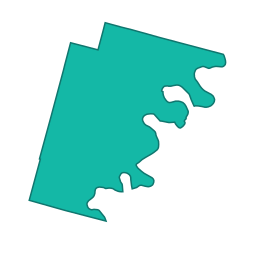 the district of Bolivar, Mississippi, United States of America, rotated 195°
{"feature_id": "52423323B48999249202093", "entity_name": "Bolivar", "entity_type": "district", "adm_level": 2, "iso_a3": "USA", "parent_name": "United States of America", "parent_adm1": "Mississippi", "projection": "albers", "projection_center": [-91.039, 33.825], "detail": "fine", "context": "isolated", "style": "filled", "palette": "teal", "viewbox_px": 256, "rotation_deg": 195, "n_neighbors": 0, "source": "geoboundaries", "source_scale": "gbopen_adm2", "svg_char_len": 2851}
<svg xmlns="http://www.w3.org/2000/svg" viewBox="0 0 256 256"><g transform="rotate(195 128 128)"><path d="M205.5,75.2L204.6,75.2L204.7,32.6L167.1,32.1L125.1,32.4L125.3,32.7L127.1,35.2L127.7,35.9L134.4,40.8L135.2,41.1L136.3,41.2L139.8,40.6L141.9,39.6L143.3,39.6L144.8,40.0L145.8,40.6L146.4,41.2L147.7,43.2L148.1,44.5L148.0,45.2L147.7,46.5L147.0,47.9L144.9,50.6L143.8,52.3L143.4,53.3L143.2,54.3L143.1,56.3L143.5,58.4L143.6,59.9L143.5,60.8L143.1,61.6L142.2,62.6L140.3,63.6L136.2,64.2L134.2,63.8L133.8,63.8L130.8,65.1L128.7,65.5L126.6,65.5L124.4,64.7L121.1,64.3L119.5,64.4L117.9,64.7L116.5,65.1L118.7,71.3L119.3,72.4L121.1,73.9L123.6,77.8L123.7,79.0L123.0,81.8L122.6,82.5L122.0,83.2L121.1,83.7L119.5,84.1L117.8,84.2L116.6,84.0L114.7,83.3L113.3,82.2L112.5,80.8L111.9,78.8L109.6,73.1L108.2,70.3L104.2,72.8L102.6,74.8L101.8,75.6L100.3,76.2L96.5,76.2L94.1,76.4L93.0,76.6L92.0,77.1L90.9,77.8L89.6,79.3L89.3,80.2L89.2,81.1L89.1,82.3L89.4,83.9L90.0,84.8L90.7,85.5L92.0,86.2L100.7,88.4L103.6,89.6L107.9,91.7L109.8,93.3L110.5,94.2L110.6,95.0L110.4,95.5L108.6,97.6L106.2,101.2L103.4,104.2L98.4,109.2L96.8,111.0L94.2,114.5L93.7,115.9L93.6,117.5L94.1,120.1L95.1,123.1L95.8,124.1L98.0,126.8L99.1,128.3L99.9,130.1L100.7,131.2L101.9,132.0L106.5,134.2L107.9,134.7L111.2,135.3L113.3,136.3L115.5,138.6L116.2,140.0L116.4,141.2L116.2,142.5L115.7,143.7L115.0,144.7L113.3,146.2L109.9,147.6L107.0,148.2L106.1,147.9L98.8,143.1L97.0,143.4L90.3,143.8L89.3,144.0L84.4,145.7L83.3,144.4L81.6,143.0L80.0,142.0L78.8,141.5L77.7,141.5L77.2,141.7L76.3,142.7L75.6,143.6L75.0,144.6L74.2,146.7L74.3,147.8L74.6,148.4L75.2,148.8L75.4,149.2L75.2,150.4L74.3,151.8L74.4,152.6L74.7,153.3L73.8,156.7L73.8,158.0L74.0,159.2L74.3,159.9L77.6,164.0L79.5,165.7L81.6,166.8L84.3,167.1L86.1,167.0L89.1,166.2L93.0,163.9L94.9,163.2L96.1,163.4L97.2,163.8L98.3,164.5L100.7,166.5L102.2,168.6L102.8,169.7L103.3,170.9L103.6,172.1L104.3,172.2L105.1,172.5L105.1,174.5L104.8,175.7L104.0,177.3L103.4,177.9L100.8,178.9L99.7,178.9L97.4,179.5L95.2,180.7L92.1,182.1L90.6,182.4L89.5,182.4L88.0,182.1L86.1,181.4L78.1,176.8L77.3,176.1L74.4,171.9L69.9,166.3L69.5,166.3L68.6,166.9L65.9,167.5L62.0,167.9L59.2,168.0L57.9,168.3L56.1,169.1L53.8,170.8L52.6,172.5L51.9,174.0L51.5,175.8L51.7,177.8L52.2,178.7L53.2,180.0L54.2,181.0L56.3,182.0L63.3,183.6L65.2,184.4L67.1,185.5L69.0,186.9L72.7,190.3L75.8,192.7L77.1,194.7L77.4,195.8L78.0,197.4L78.1,199.0L77.8,201.2L77.6,202.0L77.1,202.8L76.0,203.9L72.2,206.6L70.8,207.0L69.9,207.0L65.8,206.5L65.2,206.6L64.4,207.0L62.3,208.7L59.8,210.0L58.5,210.4L53.5,211.3L52.8,211.5L51.6,212.4L51.0,213.5L50.8,213.7L50.5,214.7L50.6,216.3L51.2,218.1L52.2,220.0L54.1,222.9L55.1,223.8L121.1,223.6L149.6,223.9L161.2,223.7L177.3,223.8L177.2,214.6L177.2,201.0L177.2,195.7L205.5,195.5L205.4,171.9L205.3,167.1L205.3,141.1L205.3,118.8L205.5,75.2Z" fill="#14b8a6" stroke="#0f766e" stroke-width="1.5"/></g></svg>